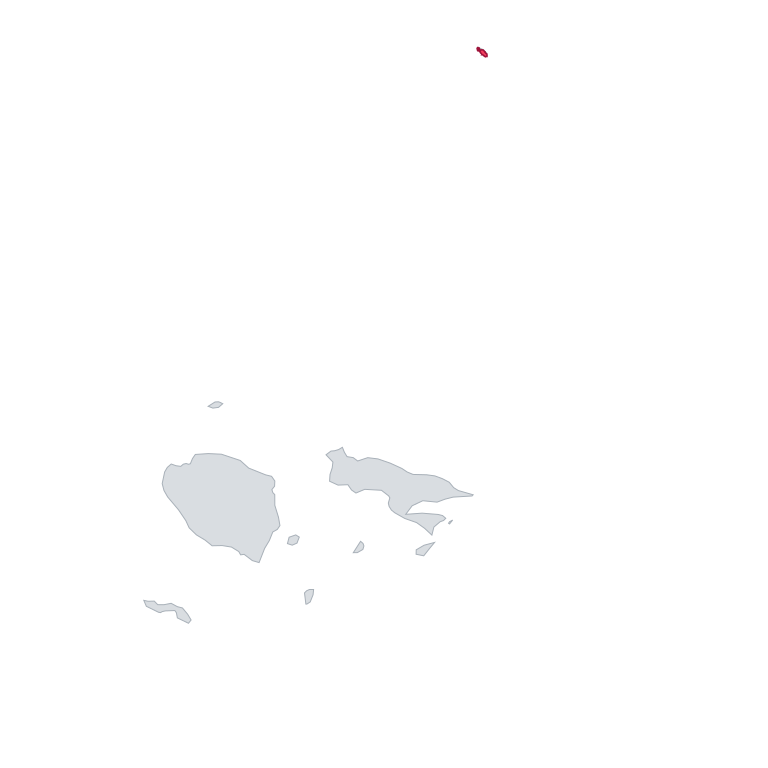 location of Rotuma, Rotuma, Fiji, rotated 39°
{"feature_id": "14151628B71764118664060", "entity_name": "Rotuma", "entity_type": "district", "adm_level": 2, "iso_a3": "FJI", "parent_name": "Fiji", "parent_adm1": "Rotuma", "projection": "mercator", "projection_center": [177.068, -12.502], "detail": "fine", "context": "in_parent", "style": "filled", "palette": "rose", "viewbox_px": 768, "rotation_deg": 39, "n_neighbors": 0, "source": "geoboundaries", "source_scale": "gbopen_adm2", "svg_char_len": 4081}
<svg xmlns="http://www.w3.org/2000/svg" viewBox="0 0 768 768"><g transform="rotate(39 384 384)"><path d="M363.3,532.3L363.3,536.6L366.0,538.4L368.7,538.7L375.5,547.0L385.9,554.0L392.2,559.5L392.6,564.1L390.7,569.0L393.4,577.8L394.7,586.9L399.3,601.4L392.8,604.1L382.5,604.4L380.1,607.0L376.6,605.6L368.1,606.7L359.9,611.4L352.2,617.9L343.2,617.9L333.2,619.3L323.1,618.4L316.0,614.9L303.5,611.1L286.9,607.9L280.0,605.2L274.3,601.0L268.9,590.4L268.1,585.2L269.0,580.1L273.8,578.4L277.9,575.9L278.5,572.6L280.3,570.3L282.6,569.4L283.7,567.8L282.1,562.5L281.7,557.5L291.3,548.6L301.8,540.9L320.4,533.9L331.8,534.5L349.2,529.1L354.7,526.5L360.2,528.1L363.3,532.3ZM522.9,415.6L508.9,428.4L503.9,435.1L499.6,442.4L487.6,450.3L482.5,460.9L482.9,471.6L494.9,460.4L508.2,451.3L512.3,449.4L516.5,449.5L516.2,452.6L514.3,455.7L512.8,463.8L516.3,471.3L506.4,470.6L496.5,471.2L484.8,475.4L473.4,477.3L469.1,477.3L465.0,475.9L462.3,473.8L460.2,468.8L458.0,468.0L448.9,468.2L435.3,478.0L430.8,486.4L425.5,486.8L419.3,485.0L411.9,491.5L402.9,493.8L399.0,488.3L396.5,481.7L393.4,476.8L383.5,475.5L385.0,469.5L387.6,467.0L390.0,463.5L391.5,459.4L396.2,462.0L401.0,463.7L406.4,460.6L412.0,460.4L417.7,451.5L426.5,446.0L438.6,441.6L451.0,438.4L457.4,437.8L463.5,436.0L474.3,427.7L481.4,423.4L489.1,420.8L496.5,419.3L503.4,420.7L508.9,420.0L523.0,414.0L522.9,415.6ZM382.6,688.8L382.6,693.0L370.6,695.8L366.6,692.4L364.0,691.7L356.9,697.9L354.9,700.4L354.2,702.3L352.4,703.3L339.2,706.3L333.5,703.3L337.4,701.3L342.1,697.3L347.0,697.9L351.8,694.1L356.6,688.4L363.5,687.1L368.3,684.9L376.3,686.5L382.6,688.8ZM523.0,492.5L516.1,496.1L513.4,492.6L516.6,484.1L523.0,475.3L522.9,482.4L523.0,492.5ZM462.6,603.5L461.8,604.2L453.7,596.4L454.0,593.4L455.4,590.6L458.6,588.0L461.5,592.4L463.8,599.8L462.6,603.5ZM414.1,567.0L409.4,568.8L406.7,562.8L410.4,556.8L414.5,556.3L416.5,562.4L414.1,567.0ZM469.4,531.8L466.3,534.4L464.8,521.0L468.0,521.1L470.3,522.5L471.7,525.9L469.4,531.8ZM266.2,510.4L261.4,512.0L264.0,504.3L266.7,501.9L268.4,501.4L271.1,500.8L270.1,506.3L266.2,510.4ZM255.7,64.4L252.1,65.4L246.2,64.6L245.0,63.1L246.9,62.7L250.7,61.7L255.4,62.2L256.2,63.2L255.7,64.4ZM523.0,451.5L521.8,451.6L521.6,449.8L523.0,446.5L523.0,451.5Z" fill="#d9dde1" stroke="#a8b0b8" stroke-width="1"/><path d="M251.6,62.0L251.4,62.0L251.2,62.0L250.9,62.0L250.7,62.1L250.4,62.2L250.3,62.3L250.2,62.5L249.9,62.7L249.8,62.8L249.7,62.8L249.4,63.0L249.2,63.1L249.1,63.4L249.1,63.5L248.9,63.6L248.8,63.8L248.7,63.8L248.7,64.0L248.8,64.0L248.7,64.3L248.5,64.5L248.3,64.5L248.0,64.6L247.8,64.6L247.7,64.6L247.4,64.5L247.2,64.4L247.1,64.1L247.1,63.9L247.4,63.7L247.2,63.5L247.3,63.5L247.2,63.3L247.1,63.2L246.9,63.1L246.7,63.2L246.6,63.3L246.4,63.4L246.3,63.2L246.2,63.3L245.9,63.4L245.7,63.3L245.4,63.3L245.2,63.5L245.0,63.8L245.0,64.1L245.1,64.3L245.1,64.5L245.3,64.8L245.4,65.0L245.5,65.0L245.8,65.1L246.0,65.2L246.1,65.3L246.3,65.4L246.5,65.3L246.8,65.4L247.0,65.5L247.3,65.6L247.4,65.8L247.3,66.0L247.5,66.0L247.6,65.9L247.6,65.7L247.6,65.3L247.6,65.2L247.8,64.9L248.0,64.8L248.1,65.0L248.3,65.1L248.3,64.9L248.2,64.9L248.3,64.8L248.5,64.9L248.9,64.8L249.1,64.9L249.4,65.0L249.5,65.1L249.5,65.3L249.7,65.5L249.8,65.5L250.1,65.8L250.4,65.9L250.5,65.9L250.8,65.8L251.1,65.9L251.2,66.0L251.3,66.0L251.3,65.9L251.5,65.9L251.8,66.0L252.0,66.1L252.4,66.1L252.5,66.1L252.8,66.2L253.0,66.2L253.0,66.3L253.1,66.2L253.4,66.1L253.5,66.1L253.9,66.0L254.0,66.1L254.4,66.0L254.5,66.0L254.8,66.2L255.0,66.1L255.3,66.0L255.5,65.9L255.7,66.0L255.9,66.0L256.0,66.0L256.5,66.0L256.8,66.0L256.9,65.9L257.1,65.8L257.2,65.6L257.3,65.5L257.2,65.3L257.2,65.1L257.3,65.0L257.3,64.8L257.3,64.5L257.3,64.3L257.4,64.2L257.5,64.2L257.4,64.1L257.4,63.9L257.2,63.6L257.0,63.4L256.9,63.3L256.7,63.2L256.3,62.9L256.1,62.8L256.0,62.7L255.8,62.7L255.7,62.7L255.9,62.7L255.9,62.8L255.7,62.8L255.4,62.9L255.2,62.9L254.9,62.9L254.7,62.9L254.3,62.7L254.2,62.6L253.9,62.7L253.7,62.4L253.6,62.5L253.4,62.5L253.3,62.4L253.2,62.4L252.9,62.3L252.7,62.3L252.4,62.3L252.2,62.2L251.9,62.1L251.7,62.0L251.6,62.0Z" fill="#f43f5e" stroke="#9f1239" stroke-width="1.5"/></g></svg>